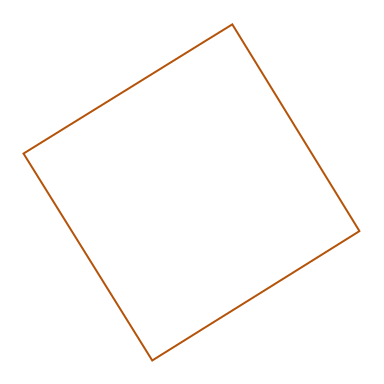 the district of Maracó, La Pampa, Argentina, rotated 58°
{"feature_id": "61730980B39039474647755", "entity_name": "Maracó", "entity_type": "district", "adm_level": 2, "iso_a3": "ARG", "parent_name": "Argentina", "parent_adm1": "La Pampa", "projection": "natural_earth1", "projection_center": [-63.664, -35.679], "detail": "fine", "context": "isolated", "style": "outline", "palette": "amber", "viewbox_px": 384, "rotation_deg": 58, "n_neighbors": 0, "source": "geoboundaries", "source_scale": "gbopen_adm2", "svg_char_len": 389}
<svg xmlns="http://www.w3.org/2000/svg" viewBox="0 0 384 384"><g transform="rotate(58 192 192)"><path d="M70.1,314.5L118.2,314.6L268.1,314.9L313.1,315.0L313.8,315.0L313.8,303.5L313.8,253.9L313.9,170.0L313.9,72.7L313.9,70.8L313.4,70.7L170.6,69.7L71.2,69.0L71.2,69.3L71.2,69.6L71.0,100.4L70.8,149.4L70.6,199.4L70.3,265.4L70.1,314.5Z" fill="none" stroke="#b45309" stroke-width="2"/></g></svg>